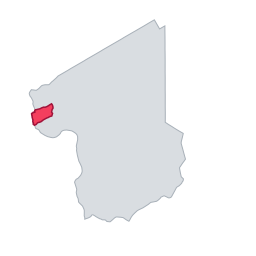 location of Al Qubbah within Libya, rotated 240°
{"feature_id": "LBY-2986", "entity_name": "Al Qubbah", "entity_type": "Municipality", "adm_level": 1, "iso_a3": "LBY", "parent_name": "Libya", "parent_adm1": "", "projection": "robinson", "projection_center": [22.615, 31.87], "detail": "fine", "context": "in_parent", "style": "filled", "palette": "rose", "viewbox_px": 256, "rotation_deg": 240, "n_neighbors": 0, "source": "natural_earth", "source_scale": "10m", "svg_char_len": 3966}
<svg xmlns="http://www.w3.org/2000/svg" viewBox="0 0 256 256"><g transform="rotate(240 128 128)"><path d="M49.0,80.8L50.2,80.2L52.0,79.4L52.9,78.9L53.3,78.4L54.7,76.6L55.4,75.5L56.4,74.1L56.9,73.1L56.9,72.2L56.8,71.1L56.2,68.4L55.7,65.8L56.2,64.8L56.6,64.4L57.4,63.2L57.8,62.9L59.5,62.5L60.2,61.7L60.8,60.7L61.0,60.2L61.7,59.6L62.7,59.1L63.2,58.4L65.1,57.2L66.8,56.2L68.8,55.2L70.3,54.3L70.7,53.6L70.7,53.0L69.9,51.5L69.9,49.9L70.0,48.5L70.2,47.6L70.6,45.3L70.6,45.0L72.1,45.8L73.7,46.1L78.4,48.9L79.9,49.3L83.2,49.6L87.1,48.5L88.6,48.2L91.2,49.3L92.3,49.6L94.2,49.7L97.4,50.7L98.3,51.1L100.1,52.7L101.0,53.1L107.7,54.6L108.6,55.6L109.5,57.4L109.5,59.7L110.0,61.3L110.8,63.5L111.8,65.0L112.9,66.3L114.2,67.1L117.1,68.3L120.5,68.7L123.9,68.9L129.6,70.5L134.5,72.3L135.8,73.3L138.2,74.2L143.1,78.6L145.8,80.1L147.7,80.4L149.4,80.1L152.5,78.6L153.8,77.7L156.9,73.9L157.9,71.9L158.3,70.5L158.3,69.1L157.9,67.8L157.0,66.5L156.5,64.7L156.1,61.6L156.6,59.3L157.2,58.0L158.2,56.7L160.7,54.1L163.3,52.3L167.8,49.9L170.4,49.9L171.5,49.6L173.6,48.0L174.5,47.9L175.7,48.3L179.2,48.2L180.8,48.7L182.7,49.7L185.0,50.4L186.7,51.0L188.4,51.8L188.8,53.9L188.6,54.5L188.6,55.3L190.4,56.7L195.7,57.4L196.7,57.8L198.1,58.9L199.1,59.2L202.6,59.4L204.7,59.1L206.7,59.5L207.5,59.9L208.2,60.8L209.2,62.8L209.5,63.5L209.1,63.9L208.6,64.6L208.2,65.2L207.3,66.3L206.5,67.4L206.6,69.1L206.8,70.7L207.3,72.4L207.8,74.2L207.7,75.4L207.3,76.8L206.8,78.0L205.3,80.6L205.1,81.2L205.2,82.0L206.1,85.0L206.2,85.9L206.8,88.8L207.3,91.2L207.9,93.0L208.0,93.5L208.0,96.2L208.0,99.0L208.0,101.7L208.0,104.4L208.1,107.1L208.1,109.9L208.1,112.6L208.1,115.3L208.1,118.0L208.1,120.8L208.1,123.5L208.2,126.2L208.2,128.9L208.2,131.7L208.2,134.4L208.2,137.1L208.2,139.8L208.2,142.5L208.3,145.3L208.3,148.0L208.3,150.7L208.3,153.4L208.3,156.2L208.3,158.9L208.3,161.6L208.3,164.3L208.3,167.1L208.4,169.8L208.4,172.5L208.4,175.2L208.4,178.0L208.4,180.7L208.4,186.7L208.4,192.8L208.5,198.8L208.5,204.9L208.4,204.9L205.8,204.9L203.2,204.9L200.6,204.9L198.0,204.9L198.0,206.5L198.0,208.0L198.0,209.5L198.0,211.0L192.9,208.1L187.9,205.3L182.8,202.4L177.8,199.5L172.8,196.7L167.7,193.8L162.7,190.9L157.7,188.0L152.7,185.2L147.7,182.3L142.7,179.4L137.7,176.6L132.7,173.7L127.7,170.8L122.7,168.0L117.7,165.1L114.3,163.1L110.5,165.0L107.6,166.6L103.7,168.6L99.2,171.1L95.8,173.1L95.6,173.1L92.0,169.7L89.3,167.1L88.0,166.3L82.9,165.0L77.7,163.6L72.3,162.2L71.3,160.1L70.3,157.7L68.8,154.7L67.9,152.8L67.6,152.6L63.5,151.1L59.1,149.7L56.5,150.5L56.1,150.5L55.4,149.9L54.6,149.2L54.3,148.2L53.3,146.8L52.4,143.6L52.4,141.1L52.2,140.2L50.0,136.7L48.0,133.4L46.7,131.3L46.5,130.3L46.7,129.1L47.3,128.1L49.3,126.8L51.2,125.4L51.4,124.5L51.6,121.8L51.1,121.0L50.7,119.4L50.3,117.3L50.3,116.0L51.2,113.3L52.2,110.5L51.7,107.3L51.4,101.1L51.8,96.1L51.7,94.3L51.5,93.6L51.0,91.3L50.3,88.8L50.0,88.0L49.1,86.1L47.6,83.7L46.8,82.2L48.0,81.4L49.0,80.8Z" fill="#d9dde1" stroke="#a8b0b8" stroke-width="1"/><path d="M177.2,48.3L178.3,48.1L178.5,47.9L178.8,47.8L179.0,47.9L179.1,48.0L179.4,48.6L179.9,48.7L180.8,48.6L181.2,48.8L182.2,49.5L182.4,49.7L182.6,49.7L182.8,49.8L183.2,49.8L185.6,50.5L186.2,50.9L186.3,51.0L186.5,51.0L186.8,51.1L187.3,51.1L187.5,51.2L187.9,51.4L188.4,51.5L188.6,51.6L188.8,51.9L188.7,52.0L188.5,52.3L188.6,53.1L188.7,53.3L188.8,53.4L189.0,53.5L189.0,53.8L188.8,54.5L188.6,54.5L188.7,54.3L188.6,54.2L188.3,55.0L188.3,55.3L188.5,55.4L189.1,55.7L189.3,55.7L189.5,55.8L189.7,56.0L189.9,56.3L190.0,56.7L190.1,56.8L189.7,57.9L189.3,59.3L188.7,61.2L188.6,63.4L188.3,65.3L187.4,66.6L187.1,68.6L187.1,70.5L187.2,71.4L187.2,73.9L186.4,74.0L185.4,74.0L184.4,73.7L183.6,73.5L182.5,72.8L182.0,71.6L180.7,70.4L179.9,69.7L178.4,70.0L176.5,68.0L176.8,66.8L177.0,65.9L177.0,63.9L177.2,63.2L177.3,61.9L177.3,60.7L177.4,58.7L177.1,57.6L177.1,56.5L176.9,55.5L177.1,55.1L177.2,54.2L177.5,53.3L177.7,52.6L177.6,51.7L177.3,51.1L177.0,50.2L177.1,49.2L177.1,48.4L177.2,48.3Z" fill="#f43f5e" stroke="#9f1239" stroke-width="1.5"/></g></svg>